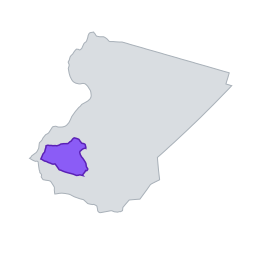 Mizdah on a map of Libya (Albers equal-area conic projection), rotated 292°
{"feature_id": "LBY-2976", "entity_name": "Mizdah", "entity_type": "Municipality", "adm_level": 1, "iso_a3": "LBY", "parent_name": "Libya", "parent_adm1": "", "projection": "albers", "projection_center": [13.169, 30.372], "detail": "fine", "context": "in_parent", "style": "filled", "palette": "violet", "viewbox_px": 256, "rotation_deg": 292, "n_neighbors": 0, "source": "natural_earth", "source_scale": "10m", "svg_char_len": 4207}
<svg xmlns="http://www.w3.org/2000/svg" viewBox="0 0 256 256"><g transform="rotate(292 128 128)"><path d="M41.6,83.6L42.9,82.9L44.7,82.3L45.6,81.8L46.0,81.3L47.4,79.4L48.1,78.4L49.1,77.0L49.6,76.0L49.6,75.1L49.5,74.0L48.8,71.3L48.3,68.7L48.8,67.7L49.2,67.2L50.0,66.0L50.3,65.8L52.1,65.5L52.8,64.7L53.4,63.7L53.5,63.1L54.3,62.6L55.3,62.1L55.8,61.4L57.7,60.3L59.4,59.3L61.4,58.2L62.9,57.4L63.2,56.7L63.2,56.1L62.4,54.6L62.4,52.9L62.5,51.5L62.6,50.7L63.0,48.4L63.0,48.1L64.6,48.9L66.2,49.2L70.9,52.1L72.4,52.5L75.8,52.8L79.7,51.7L81.2,51.4L83.8,52.5L84.9,52.8L86.9,52.9L90.2,53.9L91.0,54.2L92.9,55.8L93.9,56.3L100.7,57.6L101.6,58.6L102.6,60.4L102.7,62.7L103.3,64.4L104.2,66.5L105.2,68.0L106.4,69.3L107.7,70.1L110.8,71.2L114.2,71.5L117.7,71.6L123.6,73.0L128.7,74.7L130.0,75.5L132.6,76.3L137.8,80.5L140.7,81.9L142.7,82.1L144.4,81.7L147.5,80.0L148.7,79.0L151.6,75.0L152.5,73.0L152.9,71.6L152.7,70.2L152.2,68.9L151.2,67.6L150.5,65.9L150.0,62.7L150.3,60.5L150.8,59.1L151.7,57.7L154.1,55.0L156.6,53.0L160.9,50.3L163.5,50.1L164.6,49.8L166.6,47.9L167.5,47.8L168.7,48.1L172.3,47.7L173.9,48.1L175.8,49.0L178.2,49.4L180.0,49.9L181.8,50.6L182.4,52.6L182.2,53.3L182.3,54.1L184.3,55.3L189.6,55.5L190.6,55.8L192.2,56.8L193.2,57.0L196.8,56.8L198.8,56.4L200.9,56.5L201.7,56.8L202.5,57.6L203.7,59.6L204.1,60.2L203.7,60.6L203.3,61.4L203.0,62.1L202.1,63.2L201.4,64.4L201.7,66.1L202.0,67.7L202.7,69.3L203.4,71.1L203.4,72.3L203.1,73.8L202.8,75.0L201.5,77.7L201.3,78.3L201.5,79.2L202.7,82.1L202.9,83.0L203.8,85.8L204.6,88.1L205.3,89.9L205.5,90.4L205.8,93.1L206.1,95.8L206.3,98.6L206.6,101.3L206.9,104.0L207.2,106.7L207.5,109.4L207.8,112.2L208.0,114.9L208.3,117.6L208.6,120.3L208.9,123.0L209.2,125.8L209.5,128.5L209.8,131.2L210.0,133.9L210.3,136.6L210.6,139.3L210.9,142.0L211.2,144.8L211.5,147.5L211.7,150.2L212.0,152.9L212.3,155.6L212.6,158.3L212.9,161.0L213.2,163.7L213.4,166.4L213.7,169.1L214.0,171.8L214.3,174.5L214.6,177.2L215.2,183.2L215.8,189.1L216.4,195.1L217.1,201.1L216.9,201.2L214.1,201.5L211.2,201.8L208.4,202.0L205.5,202.3L205.6,203.8L205.8,205.3L205.9,206.8L206.1,208.3L200.2,206.0L194.4,203.6L188.7,201.3L182.9,198.9L177.2,196.5L171.4,194.0L165.7,191.6L160.1,189.1L154.4,186.5L148.8,184.0L143.2,181.4L137.6,178.8L132.0,176.2L126.5,173.5L121.0,170.9L115.5,168.2L111.7,166.3L107.7,168.3L104.6,169.9L100.5,172.0L95.7,174.6L92.1,176.6L91.9,176.6L91.7,176.6L87.9,173.2L84.9,170.6L83.6,169.9L77.9,168.6L72.4,167.2L66.5,165.7L65.5,163.6L64.3,161.2L62.8,158.2L61.8,156.3L61.5,156.0L57.1,154.5L52.4,153.0L49.6,153.8L49.1,153.7L48.4,153.1L47.6,152.4L47.2,151.3L46.1,149.9L45.2,146.7L45.2,144.2L45.0,143.3L42.7,139.7L40.6,136.4L39.2,134.2L38.9,133.2L39.2,132.0L39.8,131.0L41.9,129.8L43.9,128.4L44.2,127.5L44.4,124.9L43.8,124.0L43.4,122.4L43.0,120.3L42.9,118.9L43.9,116.3L44.9,113.5L44.4,110.3L44.1,104.0L44.6,99.0L44.4,97.2L44.2,96.5L43.7,94.1L43.0,91.7L42.7,90.8L41.7,88.8L40.2,86.4L39.4,84.9L40.6,84.1L41.6,83.6Z" fill="#d9dde1" stroke="#a8b0b8" stroke-width="1"/><path d="M76.4,59.4L77.9,59.2L78.8,59.2L79.9,59.0L80.2,58.8L80.9,58.7L81.4,59.3L82.0,60.1L82.3,61.2L82.4,62.0L83.0,63.1L83.4,64.9L84.0,66.2L84.5,67.3L84.8,68.6L85.4,69.4L86.6,70.8L87.2,71.2L87.8,71.6L88.0,71.8L89.4,74.3L90.4,76.7L91.0,78.1L92.5,78.9L93.5,79.3L94.6,80.2L97.0,80.8L97.8,81.2L98.7,81.8L99.0,83.7L99.1,85.2L99.1,86.6L98.6,87.5L98.0,88.3L97.8,88.5L97.5,89.2L96.9,90.1L96.6,90.7L96.7,91.6L96.9,92.5L96.9,93.5L96.8,94.1L96.4,94.7L95.6,95.2L94.3,96.2L93.3,96.5L93.4,95.9L92.8,95.2L91.9,94.2L90.8,93.4L89.4,92.8L88.8,92.4L87.9,92.2L87.0,92.5L85.8,93.5L85.2,94.0L84.6,94.8L83.7,95.9L83.2,97.0L82.7,97.8L82.1,98.7L81.4,99.7L80.4,101.1L79.3,102.3L78.1,103.0L77.2,103.5L76.6,103.9L76.0,104.5L75.6,105.3L74.9,106.1L73.8,106.1L72.9,105.7L72.8,104.7L72.1,104.6L71.3,104.5L70.5,104.4L69.2,103.9L68.7,103.8L67.3,103.4L67.0,104.0L66.7,101.8L66.5,100.8L65.5,99.5L64.7,98.0L64.7,94.6L64.4,92.0L64.0,89.2L63.7,86.5L63.6,84.0L63.7,81.8L63.5,80.2L63.6,79.6L64.1,79.0L65.0,77.6L66.4,75.5L67.4,73.7L66.7,72.7L66.3,71.7L66.2,70.6L66.3,69.1L66.2,67.8L66.2,66.4L66.4,65.2L66.3,64.3L66.1,63.0L66.3,61.4L66.6,60.2L66.6,58.8L69.5,58.9L71.0,58.9L72.1,58.9L73.0,59.2L73.9,59.5L74.7,59.7L75.1,59.6L75.6,59.5L76.4,59.4Z" fill="#8b5cf6" stroke="#5b21b6" stroke-width="1.5"/></g></svg>